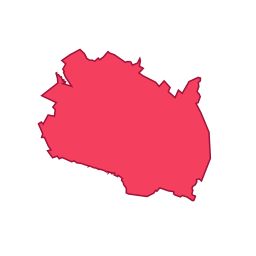 Huitiupán, Chiapas, Mexico, rotated 341°
{"feature_id": "50627088B98108453745157", "entity_name": "Huitiupán", "entity_type": "district", "adm_level": 2, "iso_a3": "MEX", "parent_name": "Mexico", "parent_adm1": "Chiapas", "projection": "natural_earth1", "projection_center": [-92.702, 17.241], "detail": "medium", "context": "isolated", "style": "filled", "palette": "rose", "viewbox_px": 256, "rotation_deg": 341, "n_neighbors": 0, "source": "geoboundaries", "source_scale": "gbopen_adm2", "svg_char_len": 1846}
<svg xmlns="http://www.w3.org/2000/svg" viewBox="0 0 256 256"><g transform="rotate(341 128 128)"><path d="M203.2,158.4L201.9,137.7L200.3,126.8L202.5,126.9L206.5,121.9L206.3,118.9L205.3,116.8L205.5,115.5L208.4,112.0L209.3,107.9L211.7,107.0L212.8,104.3L210.7,103.0L200.8,104.0L190.6,112.9L188.0,108.6L182.4,114.6L178.0,106.7L181.0,103.4L177.5,95.2L171.0,98.8L169.0,93.7L159.1,83.5L156.3,79.5L161.9,76.6L158.9,73.2L161.6,68.5L161.8,66.1L158.2,69.7L152.6,70.0L152.3,66.9L151.5,65.9L148.6,64.9L146.9,65.1L139.1,54.5L135.0,51.1L134.0,49.3L127.8,52.9L123.4,54.2L122.6,52.2L118.3,54.0L115.9,52.0L113.9,51.5L111.7,48.8L111.0,43.5L108.2,38.1L97.0,39.9L87.4,42.6L90.0,47.1L85.5,51.2L86.1,53.8L85.2,54.3L85.5,59.4L88.3,70.2L80.7,64.7L81.7,64.5L82.8,65.3L84.0,63.9L81.4,61.9L81.6,61.4L83.5,62.0L81.4,60.6L81.6,58.0L80.7,57.8L79.6,55.0L78.1,55.1L78.5,52.6L77.8,52.7L77.5,58.0L76.3,62.6L56.9,69.3L68.4,80.6L63.7,83.8L65.2,86.9L62.3,92.9L56.7,89.7L49.0,96.7L48.0,94.1L44.7,94.9L45.5,105.7L43.2,108.8L45.9,109.7L46.8,119.2L48.0,123.7L44.5,123.3L47.0,131.6L52.0,131.6L52.9,134.7L56.2,134.5L63.8,141.6L66.3,141.5L68.2,144.2L72.3,146.3L78.5,151.1L78.3,151.4L79.1,151.2L83.5,155.0L84.4,155.1L86.9,157.7L87.3,157.4L91.1,160.0L93.6,162.7L95.1,162.8L95.5,163.1L95.0,163.9L95.6,163.6L98.0,165.0L97.6,165.7L98.1,166.0L98.5,165.5L100.7,166.2L100.6,167.2L99.6,167.7L102.4,170.6L103.4,169.5L106.3,174.0L105.2,174.7L104.9,175.7L105.7,177.5L105.5,180.2L106.8,184.4L105.2,188.8L107.1,190.6L123.8,199.0L131.3,197.9L133.8,195.9L134.7,197.2L138.6,195.0L145.9,200.7L150.5,203.0L149.8,204.8L150.1,206.1L155.0,210.2L157.3,209.5L161.4,212.5L165.3,217.7L166.7,217.9L169.6,214.4L167.2,212.4L166.9,211.2L169.1,207.9L168.7,206.3L170.1,204.3L173.1,203.6L175.6,201.2L175.8,199.1L178.8,199.3L180.2,202.0L196.0,183.5L203.2,158.4Z" fill="#f43f5e" stroke="#9f1239" stroke-width="1.5"/></g></svg>